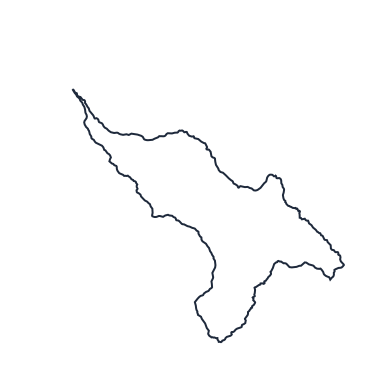 the district of Campamento, Antioquia, Colombia, rotated 321°
{"feature_id": "7082276B86795157011208", "entity_name": "Campamento", "entity_type": "district", "adm_level": 2, "iso_a3": "COL", "parent_name": "Colombia", "parent_adm1": "Antioquia", "projection": "orthographic", "projection_center": [-75.286, 7.07], "detail": "fine", "context": "isolated", "style": "outline", "palette": "slate", "viewbox_px": 384, "rotation_deg": 321, "n_neighbors": 0, "source": "geoboundaries", "source_scale": "gbopen_adm2", "svg_char_len": 6102}
<svg xmlns="http://www.w3.org/2000/svg" viewBox="0 0 384 384"><g transform="rotate(321 192 192)"><path d="M141.2,326.6L144.8,328.0L145.7,328.1L147.0,326.9L147.5,326.8L149.2,327.3L150.9,327.4L153.0,325.6L153.1,324.3L153.4,323.8L157.7,322.7L158.9,321.9L160.0,320.5L161.8,320.4L162.9,319.9L163.8,319.9L164.7,319.3L165.9,319.7L166.8,318.6L169.3,318.6L171.2,317.8L171.6,317.5L171.7,316.9L171.5,314.6L172.6,313.7L172.7,312.2L173.2,312.1L174.6,312.5L175.3,312.4L175.8,311.0L177.1,310.1L179.4,307.8L180.4,305.7L180.9,305.7L181.9,306.1L185.5,306.4L186.8,306.9L187.7,306.2L189.1,307.2L189.9,308.5L190.8,308.6L191.2,308.4L191.4,307.4L192.0,307.0L193.8,307.4L195.0,306.9L196.3,306.8L197.4,306.2L200.2,306.0L201.7,305.5L202.4,304.7L202.7,303.5L203.9,303.3L207.1,301.9L210.5,299.7L212.8,299.6L214.1,300.1L214.9,299.7L215.7,299.9L216.7,301.6L217.4,302.0L218.3,305.0L219.4,305.8L220.2,307.1L220.5,311.7L222.1,313.4L226.2,316.0L229.0,316.9L230.3,317.9L235.3,317.7L236.4,318.8L237.3,321.8L239.8,325.3L240.1,326.6L240.0,328.0L240.9,330.2L242.6,331.9L243.5,332.2L243.7,332.5L243.8,334.7L243.6,336.8L242.9,338.5L242.8,339.4L243.2,341.3L244.0,343.0L244.9,344.4L244.9,345.1L244.3,347.1L246.6,346.6L248.3,346.6L249.0,346.4L250.2,345.6L251.4,344.0L252.8,343.5L253.6,342.2L254.8,342.3L258.1,343.2L259.5,344.2L260.7,344.8L262.5,344.7L264.1,344.3L264.3,343.7L264.0,339.6L264.8,337.5L266.1,336.4L266.9,335.1L267.0,334.2L266.3,333.1L266.3,332.6L267.2,331.8L267.5,330.8L267.4,330.4L265.7,329.1L265.5,328.3L265.6,326.4L264.5,325.2L264.3,324.7L264.4,323.3L266.3,320.6L265.9,316.3L266.6,314.4L265.1,312.7L265.0,312.2L265.9,308.6L265.8,307.9L265.1,306.9L265.7,304.8L264.9,303.7L264.7,302.4L264.3,301.8L264.4,299.3L263.7,295.8L264.0,292.9L263.2,290.1L264.2,287.4L263.3,286.6L262.7,285.5L262.8,283.7L260.2,282.4L260.3,280.8L259.5,279.8L261.4,277.3L262.1,276.0L263.5,275.2L263.7,274.8L263.6,274.2L262.7,273.8L263.3,271.2L263.1,270.8L262.4,270.7L262.4,269.5L261.6,269.1L260.2,267.6L259.7,266.0L259.1,265.3L258.9,264.3L258.1,263.4L257.8,260.9L258.3,259.1L258.1,258.6L258.9,257.7L258.6,256.0L259.2,254.3L260.7,251.6L262.9,250.1L265.0,248.2L265.5,247.2L265.6,245.2L266.7,243.3L266.9,241.5L268.6,239.1L269.0,238.1L269.0,237.2L268.6,236.1L266.8,234.9L266.5,234.4L266.6,233.9L267.3,232.6L267.2,231.9L266.6,232.0L265.6,231.4L265.3,229.3L264.8,228.7L263.5,227.6L262.3,227.4L260.9,227.6L259.5,228.1L256.6,230.3L255.5,230.6L253.7,230.6L247.9,231.9L244.6,231.7L243.4,231.4L242.1,230.7L241.1,229.6L240.6,226.8L239.4,225.2L238.5,223.1L236.2,221.5L233.4,218.0L232.8,217.8L231.5,218.1L230.8,217.8L230.8,217.0L231.3,215.8L230.6,213.4L229.7,211.6L229.8,211.0L230.3,209.6L230.3,208.9L229.8,207.5L229.2,204.6L228.8,200.4L228.2,196.5L226.7,194.3L226.6,192.1L226.7,191.3L227.2,190.4L227.7,186.0L229.1,183.2L230.9,180.4L230.8,179.6L229.8,178.0L229.6,176.5L231.8,172.4L231.8,169.9L231.7,169.5L230.5,168.6L230.2,168.0L230.5,167.3L231.6,166.9L232.0,166.6L232.9,162.5L232.0,161.3L230.9,158.7L230.2,154.8L227.9,151.9L227.8,151.2L228.3,150.2L228.3,149.7L226.8,148.9L225.2,146.5L225.2,143.8L225.7,142.1L225.2,141.5L224.0,141.0L223.6,140.7L223.4,138.7L223.0,137.9L221.8,137.3L221.0,136.4L219.9,136.3L219.0,136.7L218.1,136.7L216.0,135.1L213.3,133.9L210.2,131.1L208.8,130.9L206.9,131.4L205.9,131.3L205.1,130.9L201.7,128.0L199.9,128.1L196.4,127.0L194.2,126.6L190.3,124.0L189.1,122.8L188.1,121.3L188.0,120.4L188.4,118.8L188.4,117.9L187.9,116.4L185.8,113.1L181.6,108.5L178.8,107.9L177.4,105.9L174.4,104.2L172.6,102.0L171.9,100.6L171.7,99.6L171.1,98.7L168.6,97.1L166.6,94.5L165.8,91.8L165.6,89.2L164.7,87.0L164.7,85.1L165.2,83.4L165.2,81.8L163.8,79.3L163.9,78.6L164.7,76.8L164.7,75.7L164.2,74.5L162.8,73.9L162.6,73.5L163.5,70.4L163.4,64.4L164.4,62.1L164.4,60.0L164.9,57.4L164.9,55.5L166.0,54.2L166.2,53.2L166.1,52.8L165.0,51.5L165.1,48.0L163.9,46.3L163.6,45.3L163.6,44.7L164.6,42.8L163.7,41.1L164.2,38.3L163.8,36.9L163.2,41.3L163.3,43.4L162.8,45.4L163.4,48.5L162.7,50.7L162.9,53.6L162.2,55.3L161.9,58.1L160.8,60.6L159.1,63.3L158.6,65.7L157.8,67.2L156.4,68.3L153.2,69.2L152.0,70.1L151.0,72.2L150.9,73.6L150.6,74.3L150.9,77.3L150.5,78.5L150.4,79.8L149.0,82.7L148.7,85.4L147.8,86.7L147.8,87.9L148.5,89.6L148.2,91.7L148.3,93.2L151.2,99.4L151.2,101.5L150.3,104.1L150.9,105.1L150.7,108.7L151.3,110.2L151.4,112.0L150.7,114.1L148.9,114.9L147.1,116.2L147.7,119.5L148.5,120.7L148.5,122.3L149.6,124.1L149.4,125.0L148.1,126.8L147.5,128.4L147.3,131.4L147.6,132.2L149.2,135.2L149.4,136.8L150.1,137.2L151.3,138.4L152.4,138.9L152.5,139.8L153.1,141.6L153.0,144.0L153.8,145.7L153.6,146.7L154.6,148.1L154.7,148.8L154.2,150.2L154.2,151.7L152.9,152.4L152.2,153.3L151.8,155.1L151.2,155.5L150.0,155.7L149.1,157.2L149.1,158.0L149.8,159.4L150.3,161.6L149.6,163.4L150.0,168.8L151.1,171.4L151.2,173.5L151.6,174.5L151.6,175.1L150.8,177.2L150.7,180.0L148.2,183.5L146.3,185.0L145.9,185.9L147.0,187.7L147.8,188.4L148.7,189.0L151.2,189.8L151.9,190.4L153.9,193.1L156.4,193.4L159.0,194.6L159.6,195.9L161.6,198.0L161.9,199.9L162.7,201.2L162.7,202.4L162.2,203.4L162.1,204.1L163.5,205.7L163.8,207.0L164.0,210.3L164.5,211.2L165.5,212.2L167.0,215.7L168.4,217.5L169.6,220.0L170.6,221.3L171.2,222.3L171.3,225.0L171.8,226.0L171.9,227.2L171.2,227.9L170.8,228.6L170.3,231.5L170.7,233.2L169.4,235.0L169.1,236.9L170.3,241.0L169.9,244.1L170.0,246.2L168.8,249.4L168.7,251.4L168.1,253.5L167.9,256.1L166.9,257.2L166.6,259.8L164.2,263.6L162.5,265.2L156.9,267.7L154.8,271.6L153.9,272.3L150.9,273.7L149.6,275.9L147.7,278.6L146.7,278.9L144.9,278.6L143.0,279.2L142.2,279.2L140.1,278.5L137.4,278.4L135.8,279.1L135.2,279.0L133.4,278.2L131.8,278.1L129.4,278.4L124.9,279.4L123.5,282.6L121.9,285.2L121.3,286.5L121.0,288.2L120.2,289.1L119.8,290.5L119.3,291.2L120.5,294.6L119.8,296.8L119.5,302.4L117.9,307.0L117.8,310.4L115.3,312.4L115.0,313.9L115.0,315.2L115.5,316.0L115.6,317.2L116.6,317.8L117.0,318.6L117.9,319.2L118.8,320.8L119.8,321.5L119.0,322.7L118.8,324.8L118.5,325.3L119.2,325.8L120.0,326.9L120.8,327.0L122.1,326.6L123.5,327.2L124.9,327.3L126.2,326.6L127.9,326.5L131.3,327.9L132.5,328.0L133.3,327.7L133.8,326.2L134.6,325.8L136.2,326.8L137.5,326.8L139.2,326.4L141.2,326.6Z" fill="none" stroke="#1e293b" stroke-width="2"/></g></svg>